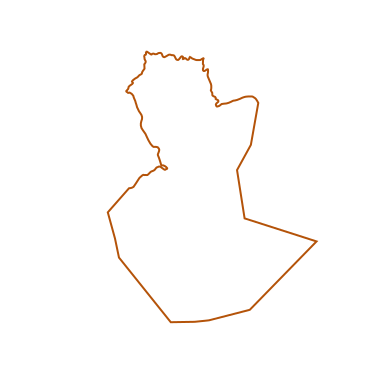 San Rafael, Lempira, Honduras (Albers equal-area conic projection), rotated 41°
{"feature_id": "27666195B54610294304045", "entity_name": "San Rafael", "entity_type": "district", "adm_level": 2, "iso_a3": "HND", "parent_name": "Honduras", "parent_adm1": "Lempira", "projection": "albers", "projection_center": [-88.427, 14.711], "detail": "fine", "context": "isolated", "style": "outline", "palette": "amber", "viewbox_px": 384, "rotation_deg": 41, "n_neighbors": 0, "source": "geoboundaries", "source_scale": "gbopen_adm2", "svg_char_len": 5530}
<svg xmlns="http://www.w3.org/2000/svg" viewBox="0 0 384 384"><g transform="rotate(41 192 192)"><path d="M261.4,304.2L279.2,288.2L286.8,280.1L289.0,277.7L312.9,243.0L318.4,147.6L249.0,177.4L211.6,145.9L205.5,117.8L183.6,81.3L181.5,80.5L179.3,79.9L179.0,79.9L178.4,79.8L178.1,79.8L176.6,80.0L175.3,80.2L175.1,80.3L174.7,80.5L174.4,80.7L173.4,81.6L171.9,82.9L170.7,84.1L169.9,85.0L169.2,86.0L168.6,87.0L168.1,87.9L167.4,89.5L167.0,90.4L166.6,91.1L165.6,93.0L164.6,94.4L164.3,94.9L163.8,95.3L163.6,95.6L163.1,96.3L162.8,97.0L162.3,98.3L161.9,99.1L161.3,100.4L160.3,102.0L160.1,102.3L159.7,102.8L158.0,104.6L156.8,106.0L156.7,106.1L156.6,106.4L156.5,107.0L156.4,107.6L156.2,108.6L156.1,109.1L155.7,109.8L155.3,110.5L154.9,111.0L154.6,111.2L154.1,111.2L153.8,111.0L153.5,110.9L153.1,110.7L152.8,110.5L152.6,110.3L152.5,110.1L152.4,109.6L152.3,109.0L152.4,108.5L152.5,107.5L152.6,107.1L152.6,106.7L152.4,106.3L152.3,106.1L152.2,106.0L151.9,105.9L151.6,105.7L151.3,105.7L151.0,105.7L150.6,105.8L150.1,106.0L149.8,106.1L149.3,106.2L148.9,106.2L148.7,106.2L148.5,105.9L148.4,105.6L148.1,105.4L147.9,105.3L147.6,105.2L147.1,105.1L146.9,105.2L146.6,105.2L145.8,105.5L145.4,105.6L144.8,105.7L144.4,105.7L144.1,105.7L143.9,105.6L143.7,105.4L143.0,104.7L142.2,103.9L139.9,103.1L139.6,102.9L139.4,102.8L139.2,102.2L139.0,101.8L138.5,101.1L137.7,100.1L137.3,99.7L136.9,99.2L136.4,98.8L135.9,98.4L135.5,98.1L134.9,97.8L128.8,94.8L128.2,94.5L127.7,94.1L127.1,93.6L126.7,93.1L126.4,92.7L126.0,91.9L125.7,91.4L124.7,90.1L124.5,89.9L124.2,89.6L123.8,89.2L123.5,89.0L123.4,89.0L123.0,89.5L122.8,90.0L122.5,91.1L122.3,91.8L122.1,92.3L121.9,92.6L121.6,92.9L121.3,93.0L121.1,93.0L120.9,93.0L120.7,93.0L120.3,92.8L119.9,92.4L119.5,91.9L119.2,91.3L118.9,90.6L118.7,90.2L118.5,89.8L118.2,89.3L117.8,88.9L117.5,88.6L117.1,88.5L116.7,88.4L116.2,88.2L113.8,85.2L113.6,85.0L113.5,84.5L113.3,84.1L113.2,83.7L112.9,83.6L112.7,83.8L112.5,84.4L112.1,85.4L111.9,86.3L111.8,86.7L111.6,86.9L111.4,87.2L110.7,87.9L109.7,88.7L108.9,89.4L108.4,89.7L108.0,89.9L106.8,90.3L104.9,91.0L104.4,91.1L103.5,91.2L102.9,91.2L102.3,91.4L102.0,91.5L101.9,91.5L101.9,92.1L102.1,92.5L102.4,93.3L102.5,93.9L102.5,94.2L102.4,94.5L102.3,94.8L102.1,95.0L101.7,95.2L101.3,95.3L100.8,95.4L100.2,95.3L99.9,95.3L99.3,95.4L99.0,95.5L98.8,95.6L98.7,95.7L98.6,95.8L98.6,96.4L98.4,96.8L98.0,97.6L97.8,97.6L97.5,97.2L96.9,96.3L96.7,96.1L96.3,96.0L95.9,96.0L95.6,96.1L95.3,96.3L95.2,96.5L95.0,96.9L95.0,97.1L95.0,98.0L95.1,99.8L95.1,100.4L95.0,101.0L94.9,101.4L94.7,101.6L94.4,101.8L94.1,102.0L93.8,102.1L93.4,102.2L93.0,102.2L92.6,102.1L92.3,102.0L91.8,101.8L91.1,101.5L90.7,101.3L90.1,101.1L89.5,100.9L89.1,100.8L88.8,100.9L88.5,100.9L88.1,101.1L87.8,101.3L87.6,101.4L87.2,101.8L87.0,102.0L86.8,102.1L86.0,102.4L85.4,102.7L84.9,103.1L84.6,103.4L84.4,103.8L84.2,104.3L83.5,106.4L83.0,107.7L82.8,108.2L82.6,108.4L82.5,108.5L82.1,108.7L81.8,108.8L81.5,108.8L81.1,108.8L80.7,108.7L80.3,108.5L79.2,107.9L78.5,107.6L78.1,107.5L77.7,107.5L77.4,107.6L77.2,107.6L76.8,107.8L76.5,108.1L76.1,108.5L75.7,109.0L75.5,109.3L75.4,109.6L75.2,110.3L75.1,110.7L74.8,111.1L74.5,111.5L74.1,111.9L73.6,112.3L73.2,112.5L72.6,112.6L72.4,112.7L72.1,112.9L71.8,113.2L71.5,113.6L71.3,113.9L71.3,114.3L71.3,114.7L71.2,114.8L71.0,115.0L70.6,115.1L66.3,115.6L65.9,115.7L65.7,115.9L65.6,116.0L65.7,116.6L65.8,116.9L65.9,117.2L66.4,117.6L66.7,118.0L66.9,118.3L67.0,118.5L66.9,119.0L66.6,119.4L66.5,119.5L66.5,119.9L66.6,120.3L66.9,120.9L67.2,121.2L68.0,121.8L68.7,122.5L69.0,122.8L69.5,123.0L69.9,123.2L70.8,123.5L71.2,123.7L71.5,124.0L71.8,124.4L72.1,125.3L72.2,126.0L72.2,126.7L72.3,126.8L72.3,127.0L74.8,129.6L75.2,130.0L75.3,130.3L75.5,132.8L75.7,134.0L76.0,134.7L76.2,135.1L76.4,135.4L76.5,135.7L76.5,136.0L76.4,136.3L76.3,136.7L75.9,137.7L75.7,138.3L75.6,138.9L75.6,139.8L75.6,140.4L75.5,141.1L75.4,141.6L75.1,142.4L74.7,143.5L74.5,144.3L74.2,145.9L74.1,146.6L74.1,147.4L74.2,147.9L74.3,148.1L74.7,148.2L75.2,148.3L75.5,148.3L75.8,148.4L76.0,148.8L76.0,149.4L76.0,149.8L75.3,152.6L75.2,153.5L75.2,153.8L75.2,154.2L75.3,154.4L75.4,154.6L75.7,155.0L75.8,155.3L76.1,155.9L76.2,156.4L76.2,158.9L76.2,159.0L76.5,159.2L76.9,159.3L77.3,159.2L78.3,159.1L78.8,159.1L79.7,157.9L81.9,157.5L83.1,157.6L84.8,158.0L85.9,158.8L87.9,159.8L89.4,160.5L91.2,161.7L92.6,162.5L95.0,164.1L96.9,164.9L98.9,165.8L100.9,166.3L103.3,167.0L105.1,168.1L106.4,169.7L107.4,172.0L108.4,173.8L109.8,175.4L112.0,176.9L114.4,177.6L118.8,178.7L122.1,180.2L125.1,181.5L128.9,182.8L131.9,183.3L133.3,183.2L133.9,182.7L134.7,182.0L135.6,181.3L136.8,180.7L137.5,180.9L138.2,180.9L138.5,181.0L138.9,181.2L139.3,181.4L139.7,181.8L139.9,182.1L140.2,182.6L140.4,183.0L141.5,185.9L141.7,186.2L141.9,186.4L142.3,186.7L143.7,187.4L145.2,188.2L147.7,189.7L150.2,191.3L150.7,191.6L151.1,191.8L151.3,191.8L152.1,191.4L152.8,190.8L153.3,190.6L154.0,190.4L154.8,190.2L156.0,190.1L156.8,190.2L157.6,190.3L157.8,190.5L157.9,190.8L157.8,191.2L157.4,191.9L157.3,192.1L157.3,192.5L157.2,192.7L157.0,192.9L156.8,193.1L156.4,193.2L156.0,193.3L152.6,193.6L151.9,193.6L151.7,193.6L151.3,193.8L150.8,194.1L150.5,194.4L150.2,194.7L149.9,195.4L149.5,196.2L149.3,196.5L149.2,196.9L149.2,197.4L149.2,198.3L149.3,199.7L149.2,200.1L149.1,200.6L149.0,200.9L148.8,201.4L147.9,203.1L147.7,203.6L147.6,204.0L147.4,207.3L147.2,208.4L146.5,209.1L145.7,209.7L145.0,210.4L144.0,211.0L143.6,212.0L143.3,214.1L143.1,215.8L143.5,218.8L144.0,222.2L144.5,226.5L143.8,228.3L143.0,229.4L142.0,230.5L141.8,262.6L164.5,277.7L179.9,289.4L261.4,304.2Z" fill="none" stroke="#b45309" stroke-width="2"/></g></svg>